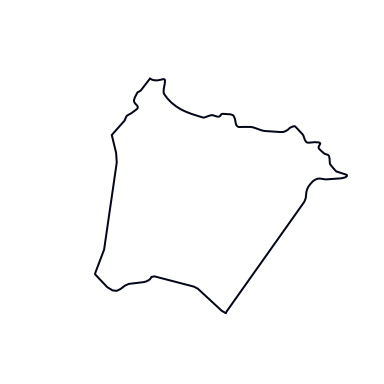 map outline of Kebili (Robinson projection), rotated 317°
{"feature_id": "TUN-97", "entity_name": "Kebili", "entity_type": "Governorate", "adm_level": 1, "iso_a3": "TUN", "parent_name": "Tunisia", "parent_adm1": "", "projection": "robinson", "projection_center": [9.372, 33.366], "detail": "fine", "context": "isolated", "style": "outline", "palette": "ink", "viewbox_px": 384, "rotation_deg": 317, "n_neighbors": 0, "source": "natural_earth", "source_scale": "10m", "svg_char_len": 2405}
<svg xmlns="http://www.w3.org/2000/svg" viewBox="0 0 384 384"><g transform="rotate(317 192 192)"><path d="M102.2,227.1L99.9,226.9L97.6,226.2L95.4,225.1L83.1,216.1L79.0,214.7L73.7,214.2L69.6,213.0L66.8,209.8L65.1,203.6L65.0,186.0L66.9,184.8L88.4,174.2L157.1,119.1L163.2,111.6L172.2,95.6L191.3,93.8L195.3,92.1L196.2,91.9L197.0,91.9L201.3,93.0L208.3,93.8L209.0,93.7L209.3,93.6L209.7,93.4L210.1,93.0L210.5,92.5L210.7,91.9L210.8,91.4L210.8,88.5L210.9,87.5L211.1,87.0L211.3,86.5L211.6,86.0L212.0,85.5L212.4,85.1L214.9,83.8L219.3,82.2L220.3,82.0L222.2,82.6L223.9,82.8L238.7,80.4L239.4,82.7L240.5,84.4L242.4,86.4L243.0,86.9L248.1,90.0L248.6,90.6L248.7,91.2L248.5,91.6L248.2,92.1L246.2,94.0L242.0,97.1L240.0,98.9L239.6,99.3L239.2,99.8L238.7,100.7L238.4,101.6L237.8,107.0L237.9,112.7L238.8,118.6L240.1,123.5L241.9,128.3L244.9,134.6L250.7,144.8L251.1,145.3L251.5,145.7L252.0,146.0L256.9,148.1L258.1,148.7L259.0,149.4L259.5,149.9L260.1,151.0L261.7,153.8L262.0,154.3L262.5,154.7L262.9,155.1L263.5,155.4L264.0,155.5L264.5,155.6L266.0,155.2L266.5,155.2L267.0,155.3L267.6,155.6L272.9,161.2L273.8,162.6L274.2,163.5L274.4,164.2L274.3,164.7L274.1,165.7L273.3,167.6L273.1,168.1L270.4,172.3L270.2,172.9L270.0,173.7L270.0,174.9L270.2,175.7L270.6,176.4L279.4,184.5L280.9,186.6L285.3,195.0L286.9,197.1L291.4,201.9L297.8,208.7L299.9,210.5L302.3,211.4L304.3,211.8L305.3,211.9L306.3,211.8L307.2,211.9L308.3,212.1L310.5,212.9L311.5,213.5L312.0,214.0L312.1,214.5L312.2,215.0L312.2,225.0L312.1,226.0L311.8,227.0L310.2,230.7L309.7,232.6L309.7,233.1L309.8,233.9L310.2,234.7L310.7,235.3L311.3,235.8L315.8,239.3L318.5,242.2L319.0,243.2L318.9,243.9L318.5,244.2L317.5,244.6L316.1,245.0L315.6,245.2L315.2,245.5L314.9,245.9L314.6,246.4L314.5,246.8L314.4,247.4L314.5,249.8L315.0,254.1L315.3,255.0L316.1,256.4L316.7,257.5L316.8,258.3L316.8,258.9L316.6,259.4L315.3,261.5L312.5,264.9L312.2,265.4L312.0,265.9L311.7,268.7L311.5,274.1L311.6,275.2L311.7,275.7L316.2,283.7L316.5,284.3L316.8,285.2L316.5,285.7L316.1,286.0L315.6,286.0L315.1,286.0L314.5,285.9L313.3,285.4L310.5,283.8L298.4,274.0L294.9,269.6L294.4,269.1L293.4,268.3L292.5,267.8L290.5,267.0L288.8,266.7L287.4,266.6L283.8,266.9L280.8,267.5L278.1,268.5L275.8,269.9L271.3,273.8L270.1,274.5L267.3,275.8L136.2,302.9L134.2,303.6L134.0,303.4L132.7,299.0L131.7,285.3L130.3,266.6L128.8,262.4L117.5,244.6L107.0,228.1L104.5,226.5L102.2,227.1Z" fill="none" stroke="#020617" stroke-width="2"/></g></svg>